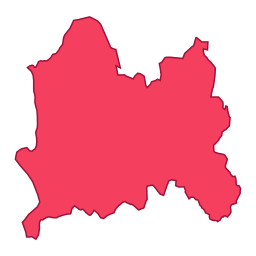 the district of Kachia, Kaduna, Nigeria
{"feature_id": "59680162B32850327292174", "entity_name": "Kachia", "entity_type": "district", "adm_level": 2, "iso_a3": "NGA", "parent_name": "Nigeria", "parent_adm1": "Kaduna", "projection": "equal_earth", "projection_center": [7.682, 9.854], "detail": "fine", "context": "isolated", "style": "filled", "palette": "rose", "viewbox_px": 256, "rotation_deg": 0, "n_neighbors": 0, "source": "geoboundaries", "source_scale": "gbopen_adm2", "svg_char_len": 4036}
<svg xmlns="http://www.w3.org/2000/svg" viewBox="0 0 256 256"><path d="M26.6,236.9L29.9,237.0L31.3,236.7L31.9,236.7L32.3,236.8L35.1,238.8L36.0,239.1L38.5,234.8L39.5,228.3L39.5,228.2L39.3,224.1L39.7,222.0L40.6,219.9L42.7,219.9L46.2,217.6L49.0,216.8L51.0,217.3L53.5,217.7L56.0,217.8L56.6,217.8L58.1,216.8L63.5,215.0L67.7,214.0L70.3,213.9L70.9,213.3L71.5,210.4L72.1,208.3L72.6,208.0L74.4,205.8L75.4,206.3L76.5,207.4L77.1,207.7L77.4,207.9L79.2,209.5L81.1,209.9L81.6,209.4L82.7,209.3L83.8,210.0L86.1,212.7L88.5,214.6L89.9,215.3L91.1,214.7L94.2,210.3L98.0,213.6L98.6,214.6L100.7,217.8L101.4,217.9L101.6,217.9L103.2,218.5L103.5,218.5L106.4,216.3L108.6,214.8L109.1,214.6L114.2,212.6L114.2,211.9L116.2,208.3L118.7,205.7L122.9,202.2L125.5,201.6L126.5,202.6L130.7,204.4L131.5,204.2L133.6,205.4L135.4,207.0L138.5,209.9L138.8,209.8L139.4,209.8L140.3,209.2L143.8,208.0L146.2,200.7L147.1,199.4L146.9,192.5L146.7,188.1L147.2,186.2L147.3,186.1L152.4,185.1L153.9,186.2L154.2,186.5L160.0,194.0L163.6,195.4L164.0,194.3L167.3,184.5L167.9,183.7L168.2,182.3L168.6,181.1L171.1,179.9L171.3,179.9L176.1,180.5L175.7,185.7L178.8,187.0L184.1,186.8L185.5,190.6L185.2,192.0L189.0,198.9L191.2,197.1L193.9,197.3L195.6,199.6L195.8,199.6L196.1,199.6L198.1,200.1L200.0,205.4L201.2,206.3L201.4,206.6L201.7,207.8L203.3,208.9L204.8,210.8L205.5,212.8L209.4,214.6L209.4,215.4L209.4,215.5L209.3,216.8L209.9,219.0L211.4,219.7L211.5,219.7L212.2,219.8L212.4,220.0L212.5,220.3L217.0,220.7L217.5,221.6L220.1,220.1L221.6,217.2L223.3,217.0L223.9,216.1L225.0,215.8L227.5,217.0L228.3,215.7L229.5,214.7L230.8,212.5L230.8,212.4L231.0,210.9L230.5,208.1L230.5,207.6L230.4,207.3L230.5,206.9L231.2,205.1L231.5,204.7L236.1,203.3L236.6,202.9L236.1,201.2L238.6,196.4L240.3,193.0L240.0,192.0L240.6,188.6L239.1,185.8L237.6,185.8L236.3,184.8L235.9,179.5L235.9,179.1L235.0,176.2L232.8,176.6L231.3,175.0L231.1,174.8L230.4,173.9L229.9,172.4L227.8,170.2L225.5,167.7L225.4,165.5L227.3,159.6L227.0,158.5L224.7,155.0L223.2,154.3L218.8,153.5L218.7,153.5L214.8,152.2L213.9,151.1L213.6,145.9L213.8,145.2L218.5,140.4L218.6,140.0L220.5,136.8L221.7,135.7L222.1,132.0L224.9,129.9L225.5,129.9L229.4,125.8L230.1,117.5L229.4,117.1L227.8,111.7L227.9,111.4L227.1,106.4L226.2,106.1L225.8,106.0L224.9,109.5L222.8,107.9L223.1,105.2L222.9,102.1L221.5,100.3L218.5,97.0L210.9,97.0L212.4,89.0L213.3,87.0L214.9,76.1L215.3,68.5L215.0,67.4L211.8,63.4L210.5,61.7L208.4,60.1L206.9,57.7L204.4,55.3L204.0,54.4L203.3,51.4L203.5,48.7L205.3,49.3L207.5,49.9L207.6,47.8L207.9,41.9L201.9,42.0L196.6,37.6L195.9,37.8L193.6,45.8L192.6,46.3L184.7,53.4L182.7,58.5L177.2,57.9L174.6,57.7L171.0,57.3L166.1,57.3L164.7,58.0L161.8,62.2L159.3,63.5L160.2,67.9L160.4,69.4L160.7,71.0L160.8,72.2L160.7,72.5L161.2,74.5L160.2,80.5L157.7,79.2L155.6,80.5L154.4,80.9L151.6,81.8L150.4,84.3L147.2,87.6L145.9,85.7L144.2,76.4L143.7,75.9L140.5,73.8L137.7,73.2L134.8,76.1L133.2,78.9L125.6,75.9L125.4,75.6L124.7,74.9L124.3,74.9L117.9,75.0L116.1,65.8L120.3,67.9L115.8,49.4L115.3,49.5L110.8,47.7L102.1,27.6L100.6,24.2L97.5,21.0L92.6,18.3L89.6,16.9L79.6,19.3L79.2,19.5L73.7,20.4L70.0,28.3L64.8,34.9L63.6,37.7L62.7,44.2L62.7,44.3L59.7,48.1L58.9,50.1L56.0,53.6L52.7,54.4L51.1,57.2L49.2,59.2L47.0,60.8L43.9,60.8L42.7,61.2L40.8,60.8L38.6,61.6L37.3,64.4L35.7,67.2L35.4,67.2L34.5,67.2L33.3,65.6L32.1,65.2L29.6,66.0L27.4,67.6L28.4,68.5L29.9,69.9L31.3,71.2L32.0,72.8L33.1,75.1L33.7,80.6L33.7,84.0L33.7,85.8L33.7,89.1L33.9,91.9L34.4,93.3L34.7,94.3L35.1,96.8L35.0,99.6L35.0,101.6L34.9,102.3L35.4,104.6L35.6,105.6L35.9,106.7L37.0,110.5L37.4,117.1L37.4,119.1L37.4,119.6L37.4,121.7L37.4,122.3L37.6,122.9L37.2,128.4L36.8,128.9L35.7,132.5L36.3,136.3L36.6,138.0L36.8,142.1L36.5,144.6L36.4,145.7L34.9,149.2L33.3,150.0L32.1,151.1L30.6,151.1L28.8,150.0L28.0,148.9L26.8,147.6L21.9,148.7L20.0,149.8L19.3,150.3L17.8,151.4L16.8,152.2L16.0,155.9L15.8,156.9L15.8,157.1L15.4,159.4L17.8,162.4L19.6,164.9L19.7,165.0L27.8,174.3L32.7,181.7L35.6,189.0L37.9,195.1L39.8,202.0L37.5,206.7L28.5,214.6L25.3,219.1L22.4,222.5L25.9,232.3L26.6,236.9Z" fill="#f43f5e" stroke="#9f1239" stroke-width="1.5"/></svg>